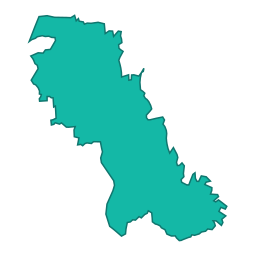 Ronda Alta, Rio Grande do Sul, Brazil (Equal Earth projection)
{"feature_id": "56859067B71630177815930", "entity_name": "Ronda Alta", "entity_type": "district", "adm_level": 2, "iso_a3": "BRA", "parent_name": "Brazil", "parent_adm1": "Rio Grande do Sul", "projection": "equal_earth", "projection_center": [-52.739, -27.81], "detail": "fine", "context": "isolated", "style": "filled", "palette": "teal", "viewbox_px": 256, "rotation_deg": 0, "n_neighbors": 0, "source": "geoboundaries", "source_scale": "gbopen_adm2", "svg_char_len": 2705}
<svg xmlns="http://www.w3.org/2000/svg" viewBox="0 0 256 256"><path d="M141.4,72.6L138.8,76.1L133.8,74.8L131.6,75.0L131.3,79.7L128.9,80.2L128.6,74.8L121.6,77.0L121.4,72.3L120.8,68.1L120.1,65.0L118.8,60.2L119.9,57.3L123.1,51.4L120.6,49.7L119.0,48.3L118.6,44.7L121.9,42.6L121.5,39.0L120.5,35.9L121.2,31.6L118.3,31.1L113.6,36.4L112.6,31.1L109.1,30.9L105.2,33.6L105.0,31.3L104.3,23.8L98.1,22.3L91.1,23.3L87.2,23.1L84.4,24.1L83.3,21.9L81.0,21.5L79.2,21.2L78.4,18.6L76.2,20.8L74.6,15.4L70.8,17.7L66.4,17.5L54.5,17.3L47.1,15.7L39.0,16.6L34.8,27.0L29.2,41.5L31.8,39.6L35.4,38.3L37.4,36.7L42.3,35.7L45.2,36.5L48.8,36.2L51.6,37.4L55.0,37.6L55.5,40.6L50.4,49.4L45.4,49.9L43.1,53.1L38.1,52.8L30.8,56.0L32.7,58.5L33.7,60.4L35.0,63.6L37.3,65.3L38.1,68.7L31.2,80.2L33.6,84.0L35.7,84.8L38.1,87.7L39.5,90.9L39.4,94.0L41.3,94.5L40.7,96.8L39.3,98.8L39.6,101.2L47.1,100.7L47.1,96.5L49.7,96.5L51.3,97.8L53.1,97.8L53.7,107.0L55.4,106.1L56.1,118.2L53.1,119.7L50.9,120.2L51.4,125.0L53.9,124.3L55.2,122.8L59.5,124.1L61.5,122.9L66.3,127.1L68.5,127.2L75.2,126.6L74.0,130.0L74.3,136.7L78.9,137.9L77.6,144.9L80.8,144.4L82.7,145.7L84.9,143.6L86.9,142.9L91.4,143.5L93.5,141.7L100.4,141.8L101.6,148.1L102.5,151.9L100.7,158.0L101.4,162.6L113.7,180.7L114.5,185.4L112.9,190.8L107.0,204.1L105.9,214.1L109.7,226.3L112.7,228.6L115.0,230.5L121.5,236.1L125.5,233.9L126.0,228.9L127.3,222.5L130.4,221.9L132.7,219.8L135.5,220.1L139.1,216.6L141.3,217.9L144.7,214.5L147.2,213.3L148.3,210.8L151.7,212.8L152.2,218.0L152.4,221.8L155.3,224.0L157.3,224.5L160.0,225.8L161.4,227.8L165.0,229.7L166.9,234.1L171.4,236.0L175.3,235.9L176.5,237.9L179.3,240.6L181.2,240.4L182.9,239.6L188.6,237.4L190.7,236.9L191.9,234.8L194.6,235.3L199.2,233.9L201.5,232.0L205.6,231.2L207.7,229.0L212.1,229.6L215.3,225.8L214.4,222.8L213.1,220.8L216.2,220.9L221.4,225.4L222.9,222.5L221.8,219.3L225.8,215.9L218.9,211.4L220.9,207.4L225.3,209.1L226.8,206.3L218.5,199.9L215.7,201.9L213.7,200.8L218.5,196.6L217.6,194.6L210.5,194.1L211.8,190.4L211.9,187.7L204.8,184.5L206.1,182.2L210.4,181.1L206.2,176.8L201.3,175.9L198.7,181.4L196.9,181.3L195.4,178.4L195.0,172.8L192.9,174.4L188.8,184.9L186.8,184.9L181.7,182.3L181.1,179.6L183.9,176.7L183.4,173.5L184.3,165.8L182.0,162.9L179.4,165.4L177.4,165.5L176.5,162.3L177.8,157.5L177.0,154.5L173.4,147.6L169.7,153.1L168.0,148.5L167.0,144.1L166.6,141.5L166.3,138.2L166.7,133.6L166.3,130.4L164.9,126.7L163.0,124.1L164.5,120.0L162.7,117.0L156.3,118.3L150.0,119.8L148.0,119.8L146.5,117.8L146.4,115.1L150.2,110.9L151.7,108.9L150.6,105.3L148.7,101.6L146.9,99.4L145.4,98.4L143.8,95.8L144.8,93.2L142.9,91.4L140.5,89.7L139.9,82.4L140.3,77.9L141.4,72.6ZM141.4,72.6L143.3,71.4L143.9,68.3L141.4,72.6Z" fill="#14b8a6" stroke="#0f766e" stroke-width="1.5"/></svg>